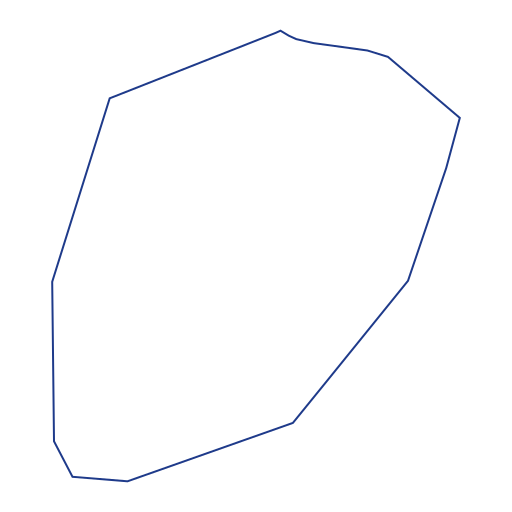 Dalanzadgad, Ömnögovi, Mongolia
{"feature_id": "93677404B10446794731607", "entity_name": "Dalanzadgad", "entity_type": "district", "adm_level": 2, "iso_a3": "MNG", "parent_name": "Mongolia", "parent_adm1": "Ömnögovi", "projection": "albers", "projection_center": [104.434, 43.574], "detail": "fine", "context": "isolated", "style": "outline", "palette": "blue", "viewbox_px": 512, "rotation_deg": 0, "n_neighbors": 0, "source": "geoboundaries", "source_scale": "gbopen_adm2", "svg_char_len": 332}
<svg xmlns="http://www.w3.org/2000/svg" viewBox="0 0 512 512"><path d="M292.9,422.9L328.7,378.8L408.0,280.8L446.2,168.1L459.8,117.9L388.0,56.9L367.4,50.5L313.6,43.1L296.2,39.1L288.8,35.7L280.5,30.7L275.6,32.9L109.7,98.3L52.2,281.8L54.0,441.3L72.5,476.8L127.5,481.3L292.9,422.9Z" fill="none" stroke="#1e3a8a" stroke-width="2"/></svg>